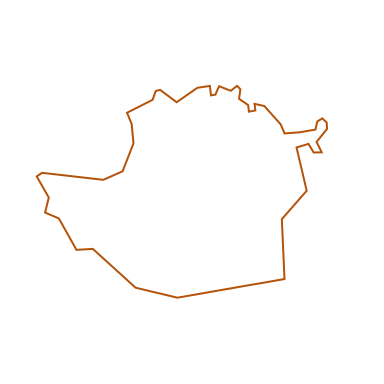 Wulu, Lakes, South Sudan, rotated 346°
{"feature_id": "79223893B61000747889625", "entity_name": "Wulu", "entity_type": "district", "adm_level": 2, "iso_a3": "SSD", "parent_name": "South Sudan", "parent_adm1": "Lakes", "projection": "albers", "projection_center": [29.335, 6.219], "detail": "fine", "context": "isolated", "style": "outline", "palette": "amber", "viewbox_px": 384, "rotation_deg": 346, "n_neighbors": 0, "source": "geoboundaries", "source_scale": "gbopen_adm2", "svg_char_len": 798}
<svg xmlns="http://www.w3.org/2000/svg" viewBox="0 0 384 384"><g transform="rotate(346 192 192)"><path d="M336.2,152.1L330.6,153.9L326.9,161.3L311.0,160.1L296.0,157.6L294.4,147.8L283.0,126.1L274.0,121.6L273.2,128.2L266.7,127.8L267.5,121.2L260.2,113.0L263.8,104.0L261.4,99.9L254.1,103.2L243.9,95.9L238.2,103.2L233.8,102.8L235.0,93.4L222.4,92.2L198.8,101.2L185.8,85.2L181.3,85.2L176.1,93.0L148.1,99.4L149.9,111.4L147.0,130.6L129.7,155.1L109.0,158.7L108.8,158.7L51.1,137.1L45.1,139.3L51.7,162.7L44.5,176.4L50.4,180.9L56.4,185.4L65.9,220.2L82.0,223.2L114.1,271.2L129.1,279.0L152.2,291.0L215.0,295.5L260.7,298.8L262.1,291.9L272.6,240.1L303.6,218.5L304.2,174.1L316.7,173.5L319.6,183.1L327.4,184.9L325.0,173.5L338.3,163.5L339.5,157.2L336.2,152.1Z" fill="none" stroke="#b45309" stroke-width="2"/></g></svg>